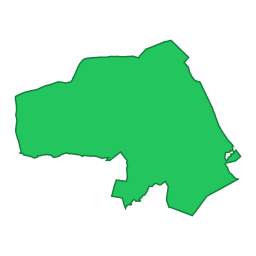 outline of Francisco León, Chiapas, Mexico
{"feature_id": "50627088B381866227431", "entity_name": "Francisco León", "entity_type": "district", "adm_level": 2, "iso_a3": "MEX", "parent_name": "Mexico", "parent_adm1": "Chiapas", "projection": "orthographic", "projection_center": [-93.285, 17.291], "detail": "fine", "context": "isolated", "style": "filled", "palette": "green", "viewbox_px": 256, "rotation_deg": 0, "n_neighbors": 0, "source": "geoboundaries", "source_scale": "gbopen_adm2", "svg_char_len": 4945}
<svg xmlns="http://www.w3.org/2000/svg" viewBox="0 0 256 256"><path d="M166.5,200.0L169.1,207.4L170.9,207.5L192.4,215.6L194.2,213.3L206.8,196.2L238.6,178.9L236.4,178.9L234.8,177.8L233.8,176.9L233.1,176.0L232.7,175.5L231.7,174.4L230.9,173.7L230.4,173.4L229.8,172.9L229.2,172.0L228.5,171.0L228.2,169.8L227.9,169.2L227.7,168.2L227.3,167.4L227.0,167.1L226.2,166.0L225.7,165.2L225.4,164.3L225.4,163.2L228.2,162.6L235.0,161.0L235.5,160.9L240.6,156.4L235.9,150.2L234.3,152.0L234.1,151.9L233.5,151.5L233.6,153.5L232.7,154.0L231.4,154.0L230.8,154.4L231.2,156.0L228.8,157.0L226.9,160.7L226.0,160.5L225.7,159.6L224.8,158.3L224.8,157.2L225.4,152.7L225.6,152.6L226.8,152.6L228.4,152.3L230.2,151.7L230.3,151.3L230.2,150.9L232.8,150.6L232.8,149.6L232.3,145.9L233.0,145.9L232.9,145.8L232.7,145.5L232.4,145.0L231.8,144.2L231.1,143.4L229.4,141.6L228.1,140.4L226.1,137.3L225.2,136.0L224.9,135.6L224.4,134.9L224.2,134.6L224.1,134.4L223.6,133.7L223.2,133.2L222.6,132.2L222.0,131.3L221.3,130.1L220.6,128.9L220.2,128.3L219.9,127.3L219.7,127.2L219.5,126.6L218.6,125.3L218.5,125.2L218.2,124.2L217.9,123.4L217.4,122.0L217.3,121.7L216.9,120.6L216.8,120.1L216.4,119.3L216.3,118.9L216.1,118.5L216.0,118.3L215.9,118.0L215.8,117.4L215.7,117.3L215.5,116.6L215.3,116.0L215.1,115.5L215.0,115.0L215.0,114.9L214.8,114.6L214.7,114.2L214.5,113.6L214.4,113.3L214.2,112.9L214.0,112.2L213.2,111.1L213.1,110.3L212.9,109.6L212.4,108.5L212.1,107.3L210.9,105.2L209.6,102.2L208.4,99.7L206.6,96.1L205.3,93.1L203.6,89.9L203.1,88.8L202.1,86.5L199.8,81.8L196.9,81.5L196.8,81.1L194.7,80.3L193.0,78.1L191.3,75.8L189.4,71.5L188.4,67.3L184.6,63.2L184.1,62.7L188.6,57.4L171.1,40.4L163.6,42.2L151.0,47.3L145.9,49.3L140.3,55.4L139.9,55.8L139.1,57.1L138.7,57.8L138.3,57.7L135.2,56.9L133.3,56.2L126.3,56.6L122.7,56.8L116.1,56.4L114.8,56.6L112.6,56.5L111.1,56.4L106.7,57.2L104.7,57.2L104.3,57.2L101.9,57.2L100.8,57.2L93.2,57.7L88.6,58.2L85.4,58.6L83.0,59.9L81.4,61.9L79.7,63.9L78.0,67.1L76.8,70.1L76.2,71.4L73.9,76.5L73.2,77.6L73.0,77.8L72.5,79.5L72.3,80.0L71.0,81.6L70.7,82.0L67.8,82.5L67.3,82.6L65.0,83.2L64.1,82.7L60.5,82.1L59.5,82.1L58.5,81.9L58.1,81.9L58.0,82.0L57.1,82.3L54.8,83.1L54.4,83.2L53.1,83.6L52.4,83.9L50.1,84.7L49.2,84.9L48.1,85.2L46.5,85.6L45.2,85.9L43.4,86.8L40.5,87.9L38.2,89.0L37.6,89.4L34.1,90.3L33.4,90.4L32.1,90.5L28.1,91.5L26.1,91.9L24.6,92.5L24.0,92.7L22.8,93.0L21.9,93.5L21.5,93.7L20.7,94.0L15.5,96.5L15.4,99.1L15.6,99.9L16.4,105.2L16.4,105.5L16.6,110.7L16.3,111.9L16.1,113.7L15.9,114.5L15.8,115.0L16.1,116.1L17.0,120.4L16.9,120.7L16.9,120.9L16.7,121.9L16.0,127.6L15.7,130.9L15.7,131.2L16.8,135.8L18.6,141.1L20.1,147.6L20.2,148.1L20.9,150.5L21.1,151.5L21.3,152.7L21.2,152.8L20.5,152.9L19.4,153.0L20.0,153.2L20.5,153.2L21.2,153.2L22.0,153.3L22.7,153.7L23.3,154.2L23.8,154.7L23.9,155.0L24.2,155.2L24.8,155.2L25.6,155.1L26.1,155.1L26.5,155.3L27.0,155.7L27.6,155.7L28.1,155.7L29.1,156.0L29.7,156.3L30.1,156.5L30.4,156.5L30.8,156.5L31.4,156.5L32.0,156.8L32.4,157.3L32.9,157.4L33.6,157.7L34.0,157.9L34.8,157.9L35.1,157.9L35.7,157.5L36.2,157.3L36.6,157.3L37.1,157.2L37.3,157.1L37.6,156.4L37.7,156.0L37.8,155.7L39.5,156.0L39.9,155.9L40.5,155.6L41.2,155.3L41.8,155.2L42.7,155.0L43.3,154.9L44.5,154.7L45.3,154.6L45.8,154.7L46.5,154.6L47.5,154.6L48.0,154.7L48.9,154.7L49.5,155.0L50.3,155.0L51.0,154.9L51.3,155.1L51.6,155.5L52.1,155.9L52.4,156.4L52.7,156.6L53.0,156.9L53.2,157.2L53.5,157.3L55.1,157.1L57.6,156.6L58.1,156.4L58.9,156.3L59.7,155.9L60.6,155.2L61.0,154.7L62.2,154.3L64.8,153.3L66.8,152.9L67.8,153.3L68.6,153.5L69.7,153.8L70.7,153.7L71.7,153.7L75.7,154.3L76.5,154.4L76.6,154.5L77.7,154.6L77.8,154.6L78.2,154.6L78.3,154.6L78.7,154.7L78.8,154.7L79.6,154.8L82.6,156.4L84.0,155.3L85.8,155.6L90.6,156.1L93.6,156.0L98.0,156.7L101.3,158.2L102.0,158.2L105.0,157.8L105.5,157.8L108.6,157.6L106.4,160.4L109.8,160.4L112.1,158.6L120.5,152.0L122.6,154.7L123.2,155.5L126.0,159.1L127.2,160.5L127.0,161.3L127.0,161.7L126.8,162.5L126.8,163.2L126.9,163.7L127.1,164.3L127.6,165.8L127.4,166.8L126.9,167.4L126.6,168.4L126.8,169.6L126.9,170.5L127.1,171.4L127.0,171.5L127.2,174.5L127.2,174.8L127.3,177.3L127.3,178.6L127.2,178.7L126.7,179.7L126.1,181.5L123.7,181.0L116.4,180.0L114.4,185.8L114.3,186.1L112.7,192.3L112.4,193.7L111.6,196.2L119.2,197.4L122.1,198.0L122.8,199.6L123.2,201.0L123.3,201.4L123.7,203.4L125.5,208.3L126.5,206.0L127.7,205.3L127.9,205.0L128.0,204.9L128.6,204.3L130.5,204.9L130.8,204.9L131.4,204.5L130.9,203.3L132.6,200.6L134.4,199.4L135.8,201.2L136.5,201.3L137.2,200.8L139.1,201.3L140.0,201.1L140.4,200.2L139.2,199.2L139.6,198.2L139.8,198.1L141.0,198.0L141.5,197.7L141.7,197.3L142.0,196.8L142.8,195.6L143.0,195.3L143.4,195.3L144.0,195.0L144.4,195.1L145.0,194.6L145.2,194.1L145.9,193.3L146.4,192.5L148.4,188.2L149.0,186.1L150.9,186.4L152.2,186.5L153.4,185.0L154.1,184.2L155.3,183.4L157.0,183.7L158.8,184.7L160.0,184.9L161.4,184.3L162.6,183.4L164.0,182.1L165.3,181.4L167.9,186.0L168.3,186.8L168.0,188.9L166.9,196.5L166.5,200.0Z" fill="#22c55e" stroke="#15803d" stroke-width="1.5"/></svg>